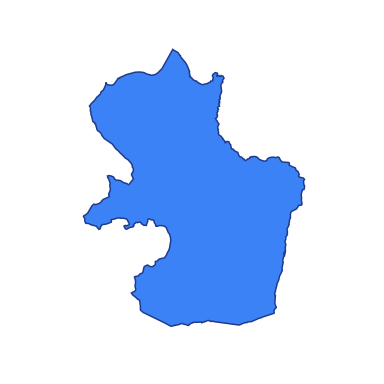 Biharamulo, Geita, United Republic of Tanzania (Mercator projection), rotated 162°
{"feature_id": "72390352B49618457772181", "entity_name": "Biharamulo", "entity_type": "district", "adm_level": 2, "iso_a3": "TZA", "parent_name": "United Republic of Tanzania", "parent_adm1": "Geita", "projection": "mercator", "projection_center": [31.336, -2.772], "detail": "fine", "context": "isolated", "style": "filled", "palette": "blue", "viewbox_px": 384, "rotation_deg": 162, "n_neighbors": 0, "source": "geoboundaries", "source_scale": "gbopen_adm2", "svg_char_len": 6060}
<svg xmlns="http://www.w3.org/2000/svg" viewBox="0 0 384 384"><g transform="rotate(162 192 192)"><path d="M264.2,296.5L264.0,295.2L264.5,289.8L264.0,288.8L263.0,287.7L263.3,287.1L262.6,285.4L263.0,284.6L262.8,283.6L263.1,281.2L262.8,279.4L261.6,278.2L260.5,276.2L260.2,273.6L259.0,270.1L252.9,262.1L251.2,256.7L249.4,254.0L248.0,250.8L245.7,246.8L245.3,245.4L242.7,242.2L241.0,238.0L240.5,236.0L241.1,234.4L240.5,232.2L242.0,229.2L243.5,228.3L244.2,227.1L243.7,222.7L244.0,222.2L246.6,220.8L248.8,219.0L250.1,218.6L251.5,220.3L254.2,222.1L256.5,224.9L258.4,226.0L260.3,226.6L261.6,228.3L261.9,230.4L263.3,231.7L265.3,233.1L267.4,233.4L267.7,231.7L267.2,229.7L267.1,226.0L268.1,223.7L268.8,219.8L269.7,218.3L271.8,216.0L272.1,214.6L271.7,214.0L271.9,213.3L273.5,212.9L278.7,212.4L280.8,211.3L281.2,210.8L283.7,209.8L287.4,209.7L289.0,210.8L291.4,209.8L297.7,204.2L300.8,202.9L301.9,203.0L302.7,202.5L302.8,202.2L302.2,199.6L302.9,197.6L302.8,195.3L302.6,195.0L300.1,194.0L297.7,191.6L296.8,191.3L295.6,190.3L294.0,189.4L293.6,189.0L292.1,185.2L291.2,185.2L290.6,185.6L289.5,187.2L287.6,188.7L283.5,188.0L278.2,188.2L277.9,188.4L277.6,190.5L277.3,190.6L274.9,190.3L270.4,190.3L268.3,189.3L264.5,187.9L263.8,187.2L262.8,186.6L262.2,185.8L261.5,181.1L261.7,180.5L262.7,180.2L264.9,180.2L265.8,180.8L267.0,180.8L267.2,180.6L267.0,178.5L266.6,177.5L265.8,176.8L262.0,177.5L259.6,177.1L258.3,177.2L258.0,177.6L258.4,177.6L257.7,179.0L254.5,180.4L253.2,179.6L251.9,179.7L250.3,179.4L249.9,177.4L249.5,177.2L248.7,175.8L248.3,175.4L245.8,174.3L243.9,177.1L243.4,177.4L242.3,179.7L241.1,179.8L239.3,178.0L237.6,177.4L237.1,176.8L237.3,174.5L236.7,172.4L236.9,170.6L235.7,170.2L233.0,170.1L230.8,169.2L229.4,168.5L227.5,166.3L227.3,162.7L227.0,160.4L226.4,158.9L226.4,156.3L227.1,152.5L230.7,145.6L232.2,143.6L234.0,142.1L235.7,140.0L238.9,137.7L240.1,138.1L243.5,138.4L244.5,138.2L246.3,137.1L248.4,137.2L248.7,135.8L249.6,134.1L253.1,133.1L255.6,134.7L256.5,136.1L257.5,136.3L259.2,136.1L260.6,135.7L261.7,134.1L263.0,131.6L264.4,130.2L266.1,130.3L267.1,130.0L269.0,128.8L270.2,128.8L271.7,129.2L273.1,128.9L273.0,126.9L273.2,124.6L274.3,121.9L275.3,120.3L275.5,117.5L275.8,116.3L276.6,115.5L280.9,114.7L280.3,112.6L277.8,108.8L276.9,106.9L275.3,105.2L276.3,99.7L277.5,95.7L275.8,92.7L258.4,75.9L253.5,70.8L249.6,70.4L249.7,70.6L246.2,70.0L243.2,70.1L241.6,69.8L240.5,68.6L239.0,68.0L236.9,66.2L235.6,66.5L234.4,67.2L232.7,67.5L232.1,67.3L231.6,67.7L223.1,65.4L223.2,64.7L219.0,64.7L217.1,65.0L216.1,64.8L213.8,62.9L212.6,63.0L210.7,61.7L188.7,51.1L187.7,50.9L183.3,51.4L181.7,51.3L180.4,50.9L180.3,51.2L178.1,51.0L175.5,50.4L167.1,51.2L164.9,51.0L164.4,51.3L151.9,51.3L151.2,51.5L150.7,53.9L149.0,55.4L147.7,55.9L147.4,56.9L147.7,58.0L147.5,60.9L144.7,67.7L145.1,67.7L145.1,69.1L139.0,79.0L136.5,81.8L135.1,84.5L130.4,89.4L129.9,91.8L127.0,97.0L126.7,99.4L124.3,102.9L123.5,105.3L123.1,105.8L123.1,103.9L121.4,106.8L120.7,109.6L120.1,111.2L119.3,112.4L118.9,113.7L119.1,115.2L118.9,116.1L117.4,118.1L116.5,120.6L116.0,120.7L114.4,122.1L113.2,126.1L113.3,127.1L112.6,128.1L110.7,129.7L110.3,130.7L109.7,131.0L109.6,131.8L108.5,133.7L108.2,134.9L106.3,137.1L105.4,140.2L104.1,142.3L102.6,142.9L98.3,143.5L96.3,144.7L94.9,146.2L93.8,146.2L92.3,145.7L91.7,145.8L91.3,146.2L90.8,147.6L90.7,149.4L90.4,150.8L89.7,152.1L89.1,155.3L88.3,157.0L86.5,159.5L86.0,160.0L84.8,159.7L83.8,161.2L83.1,163.0L83.0,163.5L83.3,164.0L83.4,163.7L83.4,164.2L82.7,167.3L82.4,168.3L81.1,169.1L81.7,170.8L84.5,172.5L85.8,173.7L85.5,174.5L84.7,175.3L84.7,177.6L85.1,179.2L86.3,180.4L86.2,182.9L88.4,184.7L91.4,187.7L90.5,189.2L90.6,189.9L91.5,190.5L96.4,192.4L97.1,193.0L98.0,194.7L98.5,197.9L99.4,198.7L102.2,199.0L104.0,200.1L106.7,200.7L108.0,200.7L109.9,200.3L111.2,199.0L111.7,198.8L113.1,198.8L114.6,199.5L117.5,201.8L118.1,202.5L119.0,204.6L120.3,205.9L122.8,206.9L123.5,206.7L124.3,207.2L124.5,207.0L125.7,207.3L126.7,206.7L126.6,206.4L127.0,206.1L129.0,206.2L130.8,205.4L131.3,205.4L132.2,206.2L132.1,206.7L132.9,207.9L133.4,208.1L134.1,209.9L135.7,210.9L136.2,212.3L136.1,214.8L136.3,215.6L138.4,217.5L138.6,218.1L139.2,218.6L139.3,219.6L139.9,220.3L141.2,221.1L140.6,225.1L141.4,226.5L141.2,227.9L141.9,228.7L143.3,229.3L143.9,229.2L144.7,228.5L145.2,228.5L145.2,230.7L146.4,232.5L146.0,233.2L146.4,233.6L147.0,235.8L148.8,238.2L148.9,239.2L148.3,240.3L148.1,243.1L147.6,243.4L147.8,244.5L147.3,246.5L146.4,247.0L146.0,247.8L145.5,248.0L145.4,248.6L145.9,250.3L146.3,251.0L146.2,252.1L146.7,252.9L146.8,254.7L146.2,254.7L144.8,255.6L144.3,256.8L144.0,257.0L144.3,258.2L143.9,258.7L143.8,259.5L142.5,260.7L142.7,261.0L142.6,261.3L141.6,262.4L141.3,262.4L141.3,263.0L141.8,263.7L141.4,264.5L141.1,264.8L140.2,265.0L140.4,265.1L139.0,266.3L139.3,267.4L138.5,268.6L138.2,268.3L137.7,269.4L138.3,270.2L137.8,270.6L137.8,271.2L136.8,271.3L136.4,271.9L136.2,273.7L135.9,273.6L135.7,274.9L133.7,277.0L132.8,278.4L131.6,284.5L130.3,286.2L128.9,286.7L128.4,288.4L128.6,288.5L128.2,289.1L126.5,290.1L126.4,291.1L126.8,292.7L128.3,293.7L128.4,293.3L128.8,293.1L129.5,293.1L130.0,293.4L130.3,294.4L132.6,294.5L132.5,294.8L131.7,295.5L131.2,296.4L131.2,297.1L131.4,297.5L132.2,297.7L132.8,298.3L133.3,298.3L136.2,297.0L136.7,296.0L136.4,294.1L137.5,292.7L137.9,291.5L138.5,291.2L140.0,291.7L140.7,290.9L145.3,290.4L146.7,290.8L147.8,290.6L148.7,290.8L150.1,291.7L152.8,294.6L153.6,296.3L154.6,296.6L156.1,298.3L157.4,301.3L158.0,301.7L158.5,302.7L158.0,302.8L157.6,306.7L157.1,307.1L157.5,313.3L158.2,317.0L160.9,323.6L161.1,324.1L160.9,325.4L161.4,325.8L162.1,328.5L162.6,329.4L165.5,332.5L166.2,333.6L182.3,318.7L187.2,316.1L189.7,315.2L192.4,315.2L194.5,315.6L198.4,318.1L201.0,320.6L204.9,322.4L209.3,323.5L218.0,323.9L226.2,323.0L225.9,322.8L228.0,322.2L232.0,319.2L234.0,318.3L235.6,318.4L239.0,320.0L239.7,320.9L239.8,322.3L240.2,322.5L241.1,320.4L244.8,316.3L247.5,315.4L248.8,313.5L253.2,311.6L256.7,309.0L258.7,308.2L259.0,307.8L260.4,307.3L263.0,305.4L262.6,304.4L262.7,303.2L263.5,300.8L263.7,299.8L263.5,299.4L264.2,296.5Z" fill="#3b82f6" stroke="#1e3a8a" stroke-width="1.5"/></g></svg>